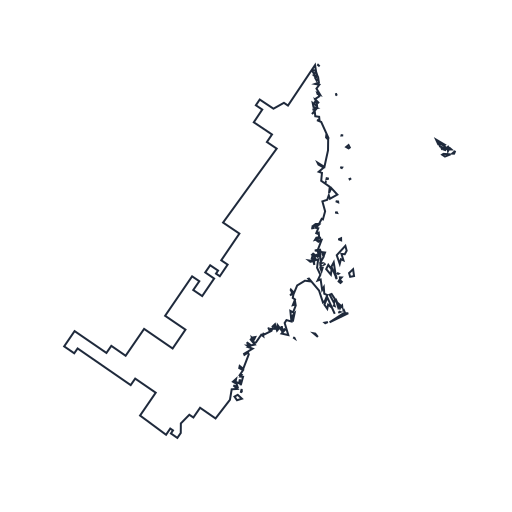 outline of Karratha, Western Australia, Australia, rotated 124°
{"feature_id": "25037944B65347816419811", "entity_name": "Karratha", "entity_type": "district", "adm_level": 2, "iso_a3": "AUS", "parent_name": "Australia", "parent_adm1": "Western Australia", "projection": "orthographic", "projection_center": [116.53, -21.039], "detail": "fine", "context": "isolated", "style": "outline", "palette": "slate", "viewbox_px": 512, "rotation_deg": 124, "n_neighbors": 0, "source": "geoboundaries", "source_scale": "gbopen_adm2", "svg_char_len": 6108}
<svg xmlns="http://www.w3.org/2000/svg" viewBox="0 0 512 512"><g transform="rotate(124 256 256)"><path d="M432.4,352.2L433.1,287.7L425.2,287.6L425.4,262.7L453.1,262.9L454.5,230.6L447.0,230.6L447.0,227.3L450.7,227.3L450.8,219.5L444.8,219.4L436.8,224.7L424.9,222.5L424.9,217.6L413.1,217.5L413.3,198.7L389.8,197.2L380.1,201.6L376.7,197.2L375.9,202.3L374.8,198.1L372.8,200.7L373.1,204.8L369.0,203.8L371.7,202.7L371.0,198.9L367.3,200.4L371.6,196.4L363.4,199.2L364.7,201.5L362.6,201.4L362.9,202.5L364.1,202.4L364.1,202.9L357.8,202.9L358.3,207.2L356.3,208.0L356.7,203.5L341.6,207.0L340.5,208.6L344.4,210.3L343.8,211.2L334.7,207.0L335.9,211.6L333.7,210.4L333.3,211.7L335.0,211.4L335.1,213.3L333.9,211.7L332.7,215.4L332.8,210.1L330.1,207.4L328.0,214.5L328.0,212.0L326.1,213.8L326.6,211.3L325.4,213.2L323.6,211.3L326.4,210.9L327.5,211.4L329.2,208.9L327.7,207.7L318.3,207.6L318.4,205.3L317.4,206.4L315.4,206.5L317.4,205.8L309.4,201.3L307.8,201.7L310.3,202.9L308.4,205.9L310.0,203.1L308.1,203.0L305.3,198.9L303.9,201.7L306.0,203.0L301.9,202.1L306.1,196.8L302.4,196.4L303.6,197.7L301.3,199.2L303.3,193.4L302.1,194.4L299.7,195.3L303.3,192.5L300.9,191.7L301.0,190.7L306.0,191.4L303.5,185.0L295.5,194.8L292.1,194.9L290.5,190.0L282.3,196.8L282.0,193.7L274.8,195.4L273.0,197.1L275.1,197.0L276.2,198.0L270.2,199.3L270.2,202.1L265.7,204.0L269.6,205.7L265.8,205.0L266.5,206.8L266.0,205.9L264.8,208.2L264.3,208.3L265.3,203.8L257.4,205.4L249.1,201.6L246.6,196.6L245.6,199.9L245.1,199.5L249.4,184.4L257.1,174.5L254.4,173.8L248.5,175.0L249.1,178.3L243.9,182.4L247.1,182.2L239.3,189.3L241.9,191.2L235.6,192.1L231.6,198.8L224.0,202.6L227.5,205.3L230.8,202.7L227.5,206.3L228.6,206.0L230.4,207.7L230.2,209.8L228.5,206.2L227.6,206.6L223.9,205.3L227.1,206.9L227.1,208.3L224.6,209.1L223.6,205.9L223.6,210.2L222.1,209.9L222.2,203.5L221.3,207.2L221.1,204.2L217.8,207.0L216.5,207.2L217.2,207.3L218.5,210.3L216.3,208.2L206.5,210.5L209.3,212.2L209.2,214.1L206.6,210.9L205.0,213.1L205.6,213.9L206.5,214.1L207.7,215.4L208.4,215.1L209.6,216.1L207.1,216.2L205.1,214.2L201.5,217.1L202.5,217.9L202.7,217.2L203.1,217.3L203.4,218.8L198.2,219.9L199.3,222.4L194.6,221.3L196.1,223.9L196.8,223.7L197.9,223.9L199.8,225.5L200.2,224.6L200.9,224.2L202.3,225.6L200.9,224.4L199.7,225.7L196.2,224.5L194.2,221.7L188.4,222.3L188.2,221.0L180.3,223.7L173.6,231.5L169.6,228.4L165.0,229.6L167.2,226.7L159.6,222.9L157.6,231.5L162.9,230.7L157.4,233.5L157.2,244.0L150.2,247.8L151.1,251.1L144.8,249.3L145.3,255.3L144.2,257.2L143.9,249.1L128.1,255.4L119.1,261.3L118.5,264.2L116.8,265.1L118.1,261.2L108.4,276.9L109.3,281.3L107.8,279.4L105.3,281.5L107.0,285.0L103.3,288.1L107.0,289.0L101.7,288.4L102.9,291.0L99.3,288.0L100.3,291.7L97.4,294.6L97.6,289.2L94.9,291.4L96.1,294.1L94.9,292.0L93.5,293.9L94.1,289.2L92.9,294.8L88.2,292.8L86.9,294.4L87.3,295.5L86.6,296.4L86.3,293.3L83.4,299.5L78.6,299.3L80.3,303.2L77.1,300.8L73.9,303.7L76.7,303.7L75.3,306.5L72.5,305.4L74.1,307.1L73.9,308.7L72.0,306.2L69.5,309.4L72.6,309.5L70.8,313.8L113.4,313.6L113.4,318.5L124.1,323.9L124.2,340.4L131.1,340.4L131.1,332.7L146.4,332.6L146.3,310.7L155.4,310.7L155.4,298.9L246.7,302.0L246.7,282.3L279.0,282.4L279.0,274.7L293.0,274.7L293.0,279.3L289.3,279.3L289.3,288.8L298.0,288.9L298.1,278.1L319.3,278.2L319.3,289.0L308.6,288.9L308.6,297.6L356.4,297.9L356.5,273.3L379.3,273.4L379.0,308.0L411.6,308.3L411.4,325.7L420.0,325.8L419.7,364.4L438.2,364.5L438.3,352.3L432.4,352.2ZM259.9,158.4L250.5,173.6L258.1,172.1L259.9,167.4L256.0,169.0L256.3,164.3L259.9,158.4ZM210.2,189.5L215.7,182.2L211.2,183.8L210.7,181.1L206.5,186.3L204.9,183.4L200.9,183.8L197.6,187.6L210.2,189.5ZM217.2,200.1L214.5,200.7L216.4,204.5L214.5,207.1L224.8,199.0L218.7,199.5L216.7,202.8L217.2,200.1ZM228.8,177.8L217.8,188.0L222.7,187.5L228.8,177.8ZM254.5,151.4L269.8,157.9L251.9,147.5L254.5,151.4ZM381.3,193.5L384.6,195.2L386.2,191.1L382.2,187.9L381.3,193.5ZM220.6,166.3L217.8,163.5L212.7,168.1L218.1,169.3L220.6,166.3ZM59.4,162.1L58.2,161.6L58.8,171.8L61.8,166.8L59.7,168.6L58.9,168.2L59.5,162.5L60.3,167.8L62.3,164.7L60.5,157.2L59.4,162.1ZM229.6,183.5L224.9,185.8L222.9,191.1L227.6,190.5L229.6,183.5ZM245.2,172.1L246.9,173.3L251.3,165.0L247.6,166.4L245.2,172.1ZM251.6,158.9L246.9,166.2L252.9,158.8L251.6,158.9ZM70.5,313.8L68.9,309.9L64.7,313.8L68.0,313.8L70.5,313.8ZM63.0,151.6L66.5,157.7L67.9,158.3L67.9,155.0L63.0,151.6ZM285.2,192.3L289.8,188.8L282.2,191.9L285.2,192.3ZM288.5,159.5L287.2,163.5L287.9,165.1L288.5,159.5ZM112.3,241.3L115.2,242.2L115.0,239.4L113.6,238.9L112.3,241.3ZM249.8,157.2L249.3,161.3L252.3,157.2L250.3,157.6L249.8,157.2ZM228.7,194.1L230.0,195.8L232.0,193.1L228.7,194.1ZM228.8,173.4L230.9,173.3L231.1,170.9L229.4,170.5L228.8,173.4ZM153.0,240.5L151.2,239.0L152.0,240.9L153.0,240.5ZM193.7,195.4L195.6,196.6L195.9,196.4L195.4,194.2L193.7,195.4ZM60.4,149.0L57.5,149.6L61.4,150.6L60.4,149.0ZM273.0,161.0L270.6,159.5L272.9,161.8L273.0,161.0ZM61.6,155.5L58.8,155.8L58.1,157.6L59.4,157.4L61.6,155.5ZM225.9,173.0L226.8,174.5L228.2,173.3L225.9,173.0ZM224.4,177.6L224.7,179.3L225.0,177.9L224.4,177.6ZM164.9,218.4L166.0,220.5L165.5,217.9L164.9,218.4ZM250.3,157.3L250.5,155.6L248.8,157.0L250.3,157.3ZM155.2,238.8L155.9,240.4L155.7,239.6L155.2,238.8ZM108.3,252.5L107.3,251.2L108.0,252.6L108.3,252.5ZM59.5,155.2L58.4,153.6L58.2,155.3L59.5,155.2ZM225.2,197.4L226.1,198.7L226.8,198.0L225.2,197.4ZM174.6,213.4L175.7,214.7L174.9,212.9L174.6,213.4ZM62.1,157.5L62.0,160.9L62.9,160.3L62.1,157.5ZM374.3,193.5L377.1,192.5L377.0,192.1L376.3,192.0L374.3,193.5ZM135.3,235.7L135.1,234.1L134.5,234.1L135.3,235.7ZM63.2,161.9L62.0,161.4L62.8,162.5L63.2,161.9ZM302.4,178.4L302.7,179.6L302.7,177.9L302.4,178.4ZM63.2,309.3L62.8,311.4L63.0,311.4L63.2,309.3ZM227.7,196.3L228.0,197.1L228.4,196.7L227.7,196.3ZM251.0,154.0L252.3,153.0L252.3,152.0L251.0,154.0ZM252.7,163.8L253.7,163.7L253.5,162.8L252.7,163.8ZM255.5,155.3L257.0,156.1L255.4,155.0L255.5,155.3ZM59.1,158.3L60.0,158.7L59.5,157.6L59.1,158.3ZM229.3,177.6L230.0,176.2L228.7,177.5L229.3,177.6ZM76.4,280.8L77.7,279.5L77.8,278.8L76.4,280.8ZM138.5,220.5L139.8,221.5L140.0,221.2L138.5,220.5ZM223.6,194.0L224.5,194.7L224.8,194.6L223.6,194.0Z" fill="none" stroke="#1e293b" stroke-width="2"/></g></svg>